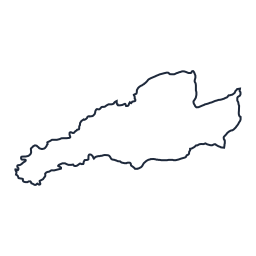 San Mateo, Alajuela, Costa Rica (orthographic projection)
{"feature_id": "36466004B56019207244783", "entity_name": "San Mateo", "entity_type": "district", "adm_level": 2, "iso_a3": "CRI", "parent_name": "Costa Rica", "parent_adm1": "Alajuela", "projection": "orthographic", "projection_center": [-84.558, 9.96], "detail": "fine", "context": "isolated", "style": "outline", "palette": "slate", "viewbox_px": 256, "rotation_deg": 0, "n_neighbors": 0, "source": "geoboundaries", "source_scale": "gbopen_adm2", "svg_char_len": 5771}
<svg xmlns="http://www.w3.org/2000/svg" viewBox="0 0 256 256"><path d="M240.0,88.6L237.1,89.1L236.6,89.9L235.5,90.9L234.7,92.8L233.5,93.8L232.2,94.7L231.1,94.9L229.9,95.3L228.7,95.3L227.7,96.5L227.5,96.9L226.9,97.4L225.0,98.1L224.5,98.5L221.8,99.4L220.1,99.8L218.6,99.9L216.5,100.6L215.2,100.9L211.7,102.4L209.7,102.9L209.1,103.2L207.7,103.7L204.6,104.5L204.3,104.8L202.0,105.7L200.6,106.3L198.5,107.2L196.4,107.3L195.9,106.9L195.1,106.0L194.8,105.2L193.8,103.6L193.5,102.2L193.5,101.3L194.7,99.6L195.8,97.7L196.4,94.9L196.4,92.2L195.9,90.3L195.9,85.5L195.7,83.8L195.5,83.1L194.9,82.1L194.7,81.6L194.7,80.3L195.4,77.7L195.4,75.6L194.1,72.3L193.2,71.1L192.6,71.1L191.8,71.5L191.3,72.7L190.7,73.0L188.6,73.0L187.7,72.7L186.1,72.0L184.2,71.4L182.7,71.3L181.6,71.5L180.4,72.0L179.6,72.1L178.0,72.7L177.7,72.9L176.7,73.1L174.9,74.0L174.0,74.3L170.0,74.2L169.1,73.6L168.7,73.0L168.1,72.7L166.3,72.7L164.8,73.1L164.3,73.1L163.9,73.3L159.6,74.4L158.3,75.0L156.0,75.9L155.8,76.1L150.8,78.2L148.6,79.4L148.0,80.0L147.0,81.3L145.4,82.9L144.6,83.5L144.4,83.5L144.0,84.1L142.8,84.7L142.1,85.3L141.1,85.7L139.6,86.6L139.0,87.2L138.9,87.2L138.1,88.0L136.9,90.1L136.8,92.0L136.7,92.7L136.4,93.6L135.9,93.9L134.7,94.3L133.8,94.8L133.9,95.3L134.5,96.1L134.7,97.0L134.7,98.7L135.2,99.2L135.3,99.5L135.3,100.7L135.0,101.0L134.5,101.2L132.3,101.7L131.1,103.2L130.8,103.1L129.9,102.3L129.1,103.5L128.6,105.1L127.8,105.9L126.1,106.0L125.4,104.1L125.2,103.9L124.6,103.9L122.2,105.0L120.1,105.3L118.0,105.3L117.7,105.1L117.6,104.3L117.0,104.0L116.7,103.4L116.7,101.0L115.7,101.5L114.9,102.0L114.1,102.8L113.7,103.6L112.6,104.1L111.6,104.3L108.6,104.3L106.6,105.4L104.8,106.7L103.5,106.9L102.3,106.9L101.5,107.1L99.8,109.0L99.3,109.3L97.9,109.3L97.4,109.1L96.8,109.1L96.2,109.6L95.6,110.6L95.3,111.3L95.2,112.4L94.7,114.0L93.1,115.7L92.3,116.1L89.4,116.5L89.1,116.2L88.2,116.4L87.4,117.0L87.0,118.0L86.3,118.7L85.3,119.4L84.2,119.8L83.7,119.4L81.4,121.0L80.1,123.0L79.9,125.2L79.6,125.5L79.2,126.7L79.2,128.4L78.9,129.3L77.0,129.8L76.6,130.5L75.5,131.1L73.8,132.9L72.8,133.0L70.8,132.2L70.0,132.4L69.6,132.8L69.5,134.4L69.7,135.2L70.2,136.5L70.2,137.3L69.9,137.6L69.2,137.9L66.6,138.2L63.1,138.2L61.4,138.3L59.7,139.1L56.9,139.8L52.0,139.8L49.7,141.2L47.5,142.2L47.3,142.4L47.6,144.2L46.9,145.0L46.4,146.3L45.0,148.0L44.1,148.6L43.5,148.7L42.3,149.0L41.7,149.0L39.4,148.3L39.0,148.0L38.9,147.7L38.3,147.1L37.4,146.5L36.8,145.8L35.9,145.5L34.8,145.4L33.0,146.4L32.7,146.9L31.9,147.6L31.6,147.8L30.9,148.6L30.9,149.6L31.1,151.4L31.1,152.6L30.6,153.9L29.4,155.2L28.1,156.0L25.8,156.5L22.1,156.6L21.4,156.8L21.1,157.5L21.1,158.4L21.5,159.3L22.0,159.6L24.3,159.6L25.4,159.8L25.7,160.1L25.7,160.7L24.8,161.6L24.3,161.8L22.4,163.2L21.9,163.8L20.4,164.8L19.5,165.1L18.5,165.1L17.8,165.3L17.5,165.5L17.3,166.0L17.3,166.6L17.7,167.5L18.4,168.2L18.4,169.3L18.0,170.0L17.8,170.2L17.4,170.2L16.0,169.3L15.4,169.4L15.4,169.9L15.9,171.1L16.0,171.1L16.5,172.1L16.0,174.6L16.6,174.8L17.8,176.0L18.6,178.1L20.7,178.5L21.6,178.6L22.7,178.9L22.9,179.1L22.9,180.7L23.1,181.0L23.4,181.4L24.3,181.9L25.5,182.1L27.5,182.1L28.7,181.4L30.4,181.4L30.9,182.0L31.4,183.3L32.4,183.6L34.5,184.8L35.0,184.9L35.6,184.9L35.9,184.8L36.9,183.9L37.3,183.6L38.9,184.6L39.6,184.6L40.0,184.4L40.3,184.0L40.3,183.5L39.7,181.9L39.7,180.9L43.0,179.2L44.6,176.9L45.0,176.6L45.3,175.8L45.2,173.6L46.4,172.4L47.6,171.9L49.0,171.7L49.6,171.4L51.0,170.5L51.6,170.3L54.1,170.4L60.9,168.7L61.0,168.4L61.0,167.6L60.3,167.1L58.4,166.1L58.2,166.0L58.2,165.6L59.0,164.8L62.5,163.3L64.6,163.3L65.2,163.4L66.5,164.1L68.5,164.9L70.2,164.9L71.4,164.9L72.3,164.6L73.2,164.6L73.6,165.4L74.0,165.7L74.9,166.0L75.7,166.0L76.9,165.7L77.7,165.2L79.8,163.6L80.5,163.6L81.3,164.1L83.2,164.0L83.5,163.6L83.6,162.2L84.5,160.3L84.7,160.1L86.4,160.0L87.7,159.8L88.4,159.3L88.5,155.8L89.0,154.8L89.4,154.5L90.4,154.5L91.0,154.7L91.7,155.2L92.8,156.4L93.4,157.9L93.9,158.6L95.4,157.0L95.9,156.9L96.3,156.6L97.8,156.3L98.2,156.1L99.8,156.1L100.7,155.8L101.8,155.8L103.2,155.3L104.7,155.0L107.6,155.2L108.5,155.4L109.3,155.9L110.1,156.9L111.1,158.7L111.6,159.1L112.0,159.4L112.7,159.6L113.5,159.7L114.2,159.9L114.7,159.9L115.4,160.3L115.9,160.3L117.8,161.2L120.1,161.4L121.3,162.4L121.8,162.6L124.6,163.2L126.4,163.2L126.6,163.0L127.7,162.7L129.5,162.7L130.0,162.8L130.7,163.5L131.0,165.2L131.2,165.6L133.5,167.2L133.6,167.4L134.4,168.0L135.0,168.8L137.4,168.8L137.6,168.6L138.1,168.6L139.1,168.2L140.4,167.5L140.7,167.4L141.4,166.9L142.4,165.7L142.9,164.7L143.8,163.2L146.4,160.9L148.4,159.8L148.9,159.7L149.4,159.5L149.9,159.5L150.6,159.1L153.5,159.0L155.5,159.3L156.7,159.7L157.5,159.6L158.5,159.9L159.8,159.9L161.4,160.2L167.0,160.2L168.5,159.9L172.7,159.9L173.7,160.2L175.6,160.2L178.6,159.5L181.1,158.6L185.0,157.5L186.1,156.7L186.5,155.6L186.7,155.3L188.3,154.6L188.9,153.9L189.0,153.7L189.2,151.7L190.1,150.3L190.1,148.8L191.1,148.7L191.9,148.4L194.4,147.0L196.1,145.4L197.3,145.4L199.3,144.3L201.0,144.0L203.5,144.1L204.8,143.7L205.2,143.4L205.5,143.4L207.1,144.3L210.3,145.2L212.0,145.3L214.2,144.3L215.1,144.2L215.6,144.4L215.9,144.8L218.3,146.2L220.5,147.0L221.0,147.4L224.1,147.7L224.5,145.1L224.5,144.3L224.8,143.3L224.8,140.7L224.5,139.9L224.2,139.8L223.8,138.9L223.7,137.3L224.0,136.7L226.4,134.2L226.8,133.5L227.7,132.6L229.1,131.5L230.4,130.8L231.3,130.4L232.1,130.4L233.4,129.7L234.4,128.8L234.7,128.4L234.9,128.3L235.6,127.6L236.1,127.0L236.3,126.5L237.0,125.8L238.2,124.1L239.1,122.3L240.1,120.9L240.5,119.7L240.6,119.2L240.6,116.9L240.1,116.5L239.8,116.5L239.2,115.7L238.8,114.0L238.8,111.8L238.9,111.4L239.1,105.8L238.6,104.5L238.2,102.1L237.3,100.6L237.3,98.0L237.4,97.6L237.9,96.9L239.8,95.7L240.1,95.2L240.5,94.2L240.5,92.6L240.3,91.9L240.0,91.6L239.6,91.0L239.7,89.7L239.9,89.4L240.0,88.6Z" fill="none" stroke="#1e293b" stroke-width="2"/></svg>